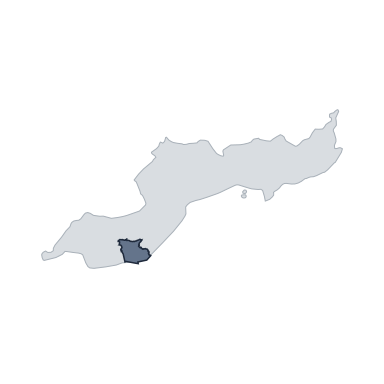 Machinga, Machinga, Malawi (highlighted), rotated 78°
{"feature_id": "42251766B63150381936487", "entity_name": "Machinga", "entity_type": "district", "adm_level": 2, "iso_a3": "MWI", "parent_name": "Malawi", "parent_adm1": "Machinga", "projection": "robinson", "projection_center": [35.39, -14.905], "detail": "fine", "context": "in_parent", "style": "filled", "palette": "slate", "viewbox_px": 384, "rotation_deg": 78, "n_neighbors": 0, "source": "geoboundaries", "source_scale": "gbopen_adm2", "svg_char_len": 6718}
<svg xmlns="http://www.w3.org/2000/svg" viewBox="0 0 384 384"><g transform="rotate(78 192 192)"><path d="M152.4,223.1L150.5,220.1L148.8,220.8L146.6,222.9L145.4,223.5L144.8,223.4L144.4,222.9L143.9,221.6L142.2,217.7L140.3,215.0L138.2,213.9L136.6,212.6L137.3,211.4L138.1,210.5L137.7,209.6L136.8,208.3L133.2,206.4L133.1,205.6L136.3,203.9L138.3,201.9L139.7,200.0L141.4,195.9L142.8,191.8L143.8,190.4L144.2,187.7L144.0,184.6L144.6,180.7L145.0,176.9L143.9,175.5L143.0,173.0L144.1,168.7L145.7,165.8L153.8,162.7L159.4,160.0L160.6,158.8L162.5,156.4L163.5,154.1L162.8,153.4L158.4,153.3L157.3,152.5L154.1,144.3L155.8,135.1L156.0,131.4L155.9,126.9L155.3,123.6L154.0,122.2L153.1,120.4L153.3,115.6L154.6,115.0L157.4,108.6L158.6,104.8L157.1,101.8L155.5,97.5L154.7,94.7L154.3,93.8L155.4,92.1L157.3,90.5L159.5,90.1L161.7,89.3L168.8,81.3L168.8,79.8L167.6,77.1L164.9,73.1L164.3,71.4L164.0,66.6L162.9,65.1L159.1,61.9L156.1,58.4L157.0,54.9L157.5,51.1L156.0,49.0L153.8,46.9L152.4,43.7L151.8,41.4L150.1,40.4L148.5,40.4L147.3,41.9L146.1,41.7L144.5,41.2L144.0,39.2L144.0,37.0L142.9,35.5L141.9,33.4L141.8,32.3L142.4,32.0L143.7,31.8L149.4,36.0L152.9,36.2L156.7,36.9L160.0,40.6L161.7,41.1L163.9,40.6L170.1,40.2L172.6,40.7L175.8,42.9L177.1,43.2L179.1,43.3L179.4,42.7L179.6,41.4L179.3,38.8L179.7,37.4L181.0,35.9L184.3,37.7L192.8,45.7L193.1,46.8L198.5,54.7L200.2,58.1L200.2,59.9L201.9,66.8L202.3,70.1L201.9,72.6L202.0,74.6L202.6,77.4L202.4,78.6L204.3,82.8L205.3,86.3L205.5,89.7L204.9,93.0L203.2,97.9L202.9,99.8L203.3,101.6L204.4,103.5L206.2,105.6L207.6,108.1L208.6,111.1L209.4,112.4L210.3,112.4L212.1,112.8L213.6,114.6L215.3,117.5L215.9,120.8L216.1,122.2L211.3,122.1L205.2,122.6L203.7,124.0L203.3,126.8L201.4,132.8L200.3,135.0L198.1,139.0L194.9,144.7L194.3,146.5L194.4,148.4L196.2,156.1L198.2,164.2L198.8,167.3L200.2,178.0L201.0,185.6L201.1,190.1L201.8,196.0L203.5,199.2L205.3,201.3L212.2,202.5L214.2,204.0L218.1,207.8L226.6,218.3L231.2,225.0L235.3,230.9L242.6,241.8L248.3,250.3L249.0,258.3L250.0,259.5L248.1,265.4L246.8,274.9L247.7,281.3L247.3,292.1L246.3,303.7L245.0,307.8L243.3,309.3L239.3,310.6L230.6,312.0L229.3,313.4L228.2,315.6L226.4,320.9L224.4,326.3L223.7,328.6L224.1,329.1L226.0,331.8L227.8,338.8L228.2,350.8L227.5,351.7L225.0,352.2L222.2,352.1L221.0,351.4L220.0,350.0L219.3,347.5L221.1,345.7L221.7,342.6L220.6,339.9L218.2,339.3L215.3,336.9L209.0,328.9L203.7,323.2L200.6,318.6L197.5,316.7L196.6,315.6L195.8,313.6L195.8,310.8L196.1,308.7L195.1,306.3L191.9,302.7L190.5,300.7L190.4,298.3L191.7,296.0L194.4,293.2L196.5,287.4L197.2,283.7L201.0,276.3L201.5,269.8L201.6,264.6L201.4,260.7L200.4,252.8L199.7,247.3L195.0,240.1L193.4,239.4L188.9,240.1L185.1,241.1L183.2,242.6L180.3,242.7L172.7,244.0L170.4,244.5L169.0,245.8L168.2,246.1L163.4,240.5L159.3,234.5L153.9,224.3L152.4,223.1ZM207.4,144.3L206.1,144.6L205.3,143.9L205.5,141.7L206.0,140.1L207.2,139.8L208.1,140.2L208.7,141.0L208.7,142.1L208.4,143.3L207.4,144.3ZM204.6,140.3L203.8,142.4L202.3,142.4L200.9,140.5L201.4,138.9L202.7,138.5L203.9,139.1L204.6,140.3Z" fill="#d9dde1" stroke="#a8b0b8" stroke-width="1"/><path d="M223.5,272.5L223.7,272.8L223.8,272.8L224.0,273.2L224.0,273.3L224.1,273.5L224.1,273.8L224.3,273.8L224.5,274.0L224.8,274.1L224.8,274.3L224.8,274.5L225.0,274.5L225.0,274.4L225.1,274.2L225.1,273.9L225.3,273.6L225.5,273.4L225.7,273.2L225.8,273.2L226.1,273.2L226.5,273.4L227.4,273.7L227.5,273.8L227.8,273.7L228.2,273.7L228.3,273.8L228.5,274.1L228.6,274.3L228.8,273.9L228.9,273.3L229.0,273.2L229.2,272.9L229.3,272.6L229.6,272.4L229.8,272.4L230.1,272.2L230.4,272.3L230.5,272.3L230.8,272.1L231.0,272.1L231.3,272.1L231.7,272.1L231.8,272.1L232.0,272.4L232.4,272.5L232.6,272.8L232.8,272.9L233.0,273.0L233.1,273.3L233.1,273.5L233.3,273.6L233.5,273.5L233.8,273.5L234.0,273.6L234.2,273.4L234.2,273.5L234.4,273.6L234.5,273.6L234.7,273.4L234.8,273.3L235.1,273.4L235.2,273.5L235.3,273.5L235.2,273.3L235.2,273.2L235.3,273.2L235.4,273.3L235.5,273.3L235.8,273.0L236.2,272.7L236.4,272.7L236.6,272.8L238.3,272.2L240.5,272.2L246.5,272.1L246.2,270.9L249.1,264.0L250.9,259.5L249.2,259.5L249.2,259.3L249.2,251.8L249.2,250.4L245.6,245.5L245.4,245.6L245.4,245.8L245.2,245.9L245.2,246.0L245.0,246.3L245.0,246.5L244.9,246.6L244.9,246.8L244.8,247.0L244.7,247.0L244.7,246.9L244.4,246.9L244.3,247.0L244.2,247.1L244.0,246.9L243.9,246.9L243.7,246.9L243.3,247.0L243.2,247.2L242.6,246.8L242.5,247.0L242.3,246.8L242.1,246.8L242.0,246.7L241.8,246.7L241.7,246.7L241.6,246.8L241.5,246.6L241.4,246.6L241.2,246.8L241.1,246.7L241.0,246.8L240.8,246.8L240.7,246.9L240.7,247.0L240.5,247.4L240.3,247.4L240.2,247.3L240.0,247.1L239.9,247.1L239.7,247.1L239.4,247.3L239.2,247.5L238.8,247.7L238.7,247.7L238.4,247.9L238.4,248.0L238.5,248.2L238.5,248.3L238.4,248.5L238.3,248.8L238.1,248.9L238.1,249.0L237.8,249.1L237.7,249.3L237.6,249.5L237.7,249.9L237.7,250.2L237.8,250.4L237.8,250.6L237.8,250.9L237.7,250.9L237.8,251.9L237.7,252.0L237.4,251.9L237.4,252.0L237.4,252.4L237.2,252.4L237.1,252.5L236.9,252.6L236.6,252.9L236.4,253.1L236.2,253.2L235.9,253.2L235.8,253.3L235.8,253.5L235.8,253.8L235.7,253.8L235.6,254.2L235.7,254.3L235.5,254.5L235.4,254.5L235.3,254.4L235.3,254.5L235.2,254.5L235.0,254.9L234.8,255.0L234.6,255.1L234.4,255.2L234.2,255.3L234.0,255.5L233.7,255.4L233.5,255.1L233.3,255.0L233.4,254.9L233.3,254.7L233.2,254.7L233.1,254.8L232.9,254.8L232.7,254.8L232.6,255.0L232.4,255.0L232.1,254.5L232.0,254.4L231.8,254.4L231.8,254.5L231.7,254.5L231.3,254.4L231.2,254.4L231.0,254.2L230.7,253.8L230.6,253.6L230.5,253.4L230.1,253.1L230.1,252.8L230.0,252.7L229.9,252.4L229.6,252.3L229.6,252.2L229.4,251.9L229.2,251.9L229.0,251.6L228.8,251.5L228.7,251.5L228.7,251.4L228.5,251.5L228.5,251.4L228.3,251.2L228.3,251.5L228.2,251.8L228.1,252.0L227.7,252.4L227.4,252.7L227.4,252.9L227.5,253.1L227.6,253.3L227.6,253.6L227.7,253.8L227.8,254.0L227.9,254.3L227.9,254.9L227.9,255.2L227.9,255.6L227.9,255.8L228.2,256.0L228.3,256.2L228.3,256.9L228.3,257.0L228.2,257.2L228.2,257.3L228.3,257.7L228.3,257.9L228.4,258.2L228.5,258.5L228.4,258.8L228.2,258.9L228.1,259.0L228.2,259.4L228.1,259.7L228.2,260.1L228.2,260.3L228.0,260.6L227.9,261.2L227.6,261.7L227.5,261.8L227.5,262.0L227.5,262.3L227.5,262.6L227.4,262.7L227.2,262.7L227.1,262.8L226.9,263.0L226.5,263.4L226.4,263.6L226.2,263.9L226.2,264.1L226.0,264.6L226.0,264.9L226.0,265.0L225.9,265.1L225.9,265.3L225.8,265.6L225.8,265.8L225.7,265.8L225.3,265.8L225.2,265.9L224.9,265.7L224.4,265.6L224.4,265.8L224.5,265.9L224.6,266.0L224.8,266.1L224.8,266.3L225.0,266.5L224.9,266.9L225.0,266.9L225.2,267.0L225.3,267.2L225.3,267.5L225.2,267.8L225.1,268.2L225.0,268.6L224.7,268.8L224.5,269.3L224.3,269.5L224.2,269.6L224.1,269.9L224.2,270.0L224.3,270.1L224.3,270.3L224.2,270.5L224.0,270.9L223.9,271.0L223.8,271.5L223.8,271.8L223.7,272.0L223.5,272.5Z" fill="#64748b" stroke="#1e293b" stroke-width="1.5"/></g></svg>